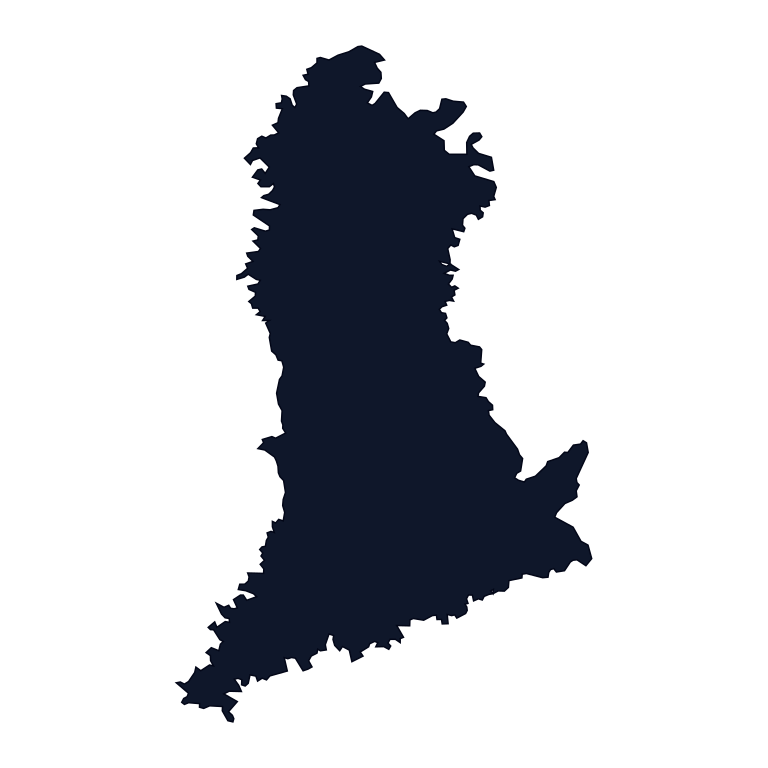 outline of Guaraniaçu, Paraná, Brazil
{"feature_id": "56859067B51111314170692", "entity_name": "Guaraniaçu", "entity_type": "district", "adm_level": 2, "iso_a3": "BRA", "parent_name": "Brazil", "parent_adm1": "Paraná", "projection": "mercator", "projection_center": [-52.873, -25.047], "detail": "fine", "context": "isolated", "style": "filled", "palette": "ink", "viewbox_px": 768, "rotation_deg": 0, "n_neighbors": 0, "source": "geoboundaries", "source_scale": "gbopen_adm2", "svg_char_len": 6095}
<svg xmlns="http://www.w3.org/2000/svg" viewBox="0 0 768 768"><path d="M379.5,54.3L361.8,46.1L357.9,46.6L348.8,51.8L338.0,55.2L329.0,60.0L320.3,57.5L317.0,58.4L317.0,62.9L311.3,67.7L306.8,69.3L308.1,74.2L303.1,75.3L305.5,79.7L308.6,81.5L308.9,85.9L297.0,87.7L293.6,90.5L293.3,94.9L296.7,104.1L294.9,107.6L292.2,105.2L290.1,98.8L286.3,96.2L281.6,95.5L282.2,99.0L281.4,102.8L276.1,103.7L276.4,108.1L282.4,108.7L278.5,118.3L278.0,122.7L272.4,125.2L278.7,132.8L274.3,135.0L270.7,135.1L265.9,138.0L261.8,136.2L257.6,138.7L256.3,143.8L258.6,147.8L253.3,148.0L250.6,152.7L244.4,158.2L250.4,164.5L252.5,160.5L260.0,157.9L269.3,167.1L265.2,173.4L261.7,169.0L257.8,169.9L252.4,177.2L260.5,180.0L257.9,183.5L260.9,186.7L269.4,186.7L273.4,183.5L274.5,186.9L272.5,190.6L268.6,194.3L263.8,195.6L261.5,197.6L280.0,204.6L278.0,207.7L270.1,209.8L263.1,209.3L254.0,210.4L253.3,215.0L269.5,225.9L269.4,230.0L265.4,231.2L254.3,227.8L251.7,229.5L258.3,235.9L257.8,239.9L253.0,241.1L260.5,248.5L258.4,251.5L246.7,253.1L247.8,256.3L253.0,261.4L245.7,263.9L247.6,268.3L241.4,273.7L236.9,275.5L236.8,279.4L244.4,277.1L248.2,274.2L256.3,279.4L260.3,280.3L257.9,284.0L247.8,286.2L249.0,289.4L255.5,292.3L255.3,296.1L248.8,301.5L251.4,303.6L252.7,308.1L258.1,308.1L260.2,311.6L256.4,314.7L265.2,316.4L262.6,320.5L269.4,320.5L265.7,323.1L270.3,333.5L269.3,337.4L271.7,351.1L275.9,354.8L278.1,360.1L281.9,360.8L283.7,367.2L282.1,375.8L279.5,379.4L276.6,393.2L278.5,404.1L282.1,410.6L281.5,421.1L282.9,424.9L282.7,428.3L285.7,433.0L275.6,438.2L271.9,436.6L262.3,439.5L263.6,442.7L257.9,448.6L264.8,450.0L274.5,457.0L276.4,461.0L278.0,466.2L278.4,472.8L280.0,476.7L283.6,480.5L285.5,492.5L283.2,499.5L282.7,505.6L284.7,512.4L283.2,520.9L278.7,519.4L275.7,523.0L272.4,521.4L272.4,526.8L274.3,532.5L271.0,531.4L267.1,532.9L268.3,537.2L266.4,540.4L265.4,546.3L262.0,546.9L259.7,549.5L262.8,553.0L261.0,556.0L264.5,560.3L260.2,564.3L263.8,568.9L263.6,573.4L247.7,573.0L249.1,576.9L248.3,581.1L244.7,584.2L239.8,584.2L238.3,589.5L245.7,590.7L253.5,593.7L256.6,596.7L246.7,600.3L243.3,595.1L240.4,595.1L233.5,599.6L237.3,607.9L234.2,608.8L230.6,608.3L228.7,605.3L224.0,607.3L216.3,603.2L221.5,614.0L225.1,617.8L229.2,618.5L229.5,622.3L225.2,621.6L216.9,627.3L214.7,621.9L208.2,627.4L210.4,629.6L213.6,629.8L219.9,639.7L223.3,641.4L220.4,644.2L218.8,650.7L211.3,647.7L206.1,652.6L210.4,655.6L210.6,660.7L213.5,665.9L209.5,665.0L200.8,670.7L195.9,667.1L194.7,672.5L188.6,681.5L184.4,684.1L180.3,682.0L176.3,682.8L188.5,693.2L187.1,696.7L183.7,698.5L181.7,702.3L184.4,704.4L188.6,702.7L199.6,703.6L199.5,707.2L203.7,708.4L209.7,705.8L222.5,706.5L222.3,710.8L227.9,720.7L232.9,721.9L233.8,718.7L232.4,715.3L228.5,711.7L237.3,701.6L223.8,693.9L229.2,691.2L241.4,691.5L238.7,685.3L234.3,679.2L238.0,678.3L241.8,679.7L241.6,684.8L245.2,686.0L248.2,683.3L250.0,674.9L255.9,676.1L257.6,681.1L262.2,678.2L266.5,679.9L269.9,675.9L287.3,671.0L284.2,657.6L287.8,658.7L291.5,657.5L295.4,658.2L303.1,670.8L308.0,669.1L312.0,666.9L308.6,660.8L311.3,656.0L317.0,653.1L317.7,649.2L320.4,650.8L326.3,649.9L325.3,644.7L329.0,634.0L333.7,635.5L333.0,639.5L334.7,645.4L339.7,650.7L342.5,646.5L349.3,650.1L351.9,661.7L363.0,656.1L360.2,652.0L368.6,646.8L369.6,643.8L374.6,641.4L377.8,642.6L375.8,646.8L383.8,646.6L388.8,649.3L390.7,646.0L388.0,643.1L390.0,639.3L395.4,639.3L400.2,642.6L400.2,638.6L403.5,637.3L396.7,625.5L409.7,625.8L409.9,619.9L413.3,618.5L423.7,620.2L432.3,615.6L436.4,615.1L437.0,619.5L441.5,619.4L442.2,623.9L448.1,623.7L447.2,614.4L451.6,615.6L454.7,614.9L456.8,618.1L465.6,613.5L467.2,610.4L466.8,607.0L464.9,604.1L468.0,603.4L466.5,598.8L468.5,595.0L472.4,595.1L473.6,600.9L478.4,598.8L482.3,600.0L484.1,596.4L488.9,594.4L493.0,593.7L498.2,590.9L504.4,591.1L508.4,587.4L508.9,580.6L521.9,577.9L522.2,574.2L526.4,573.5L542.7,577.7L548.0,577.2L548.7,572.5L550.5,569.6L553.7,568.6L556.4,572.0L564.5,570.7L570.3,562.0L573.1,560.2L577.0,559.8L585.9,565.7L591.7,558.6L588.0,545.1L581.0,541.3L573.1,527.2L554.7,517.2L556.6,512.6L564.9,503.5L572.4,500.2L577.0,496.8L576.2,490.8L579.2,485.0L576.9,482.5L576.2,478.5L588.2,452.5L586.5,442.8L583.1,440.7L580.5,444.1L573.4,445.1L567.8,452.5L564.5,452.2L559.1,457.7L547.7,461.6L546.2,465.8L535.4,476.2L526.3,479.2L524.4,482.0L518.5,480.3L514.6,477.8L516.7,473.3L520.6,471.0L522.6,458.5L519.5,454.8L517.5,449.1L506.5,434.2L505.0,430.8L494.9,422.6L489.1,415.2L488.4,410.6L492.7,409.7L492.5,405.2L488.4,401.6L486.0,397.7L478.0,396.4L478.6,392.8L484.4,386.2L485.2,382.1L478.7,376.5L474.8,368.3L481.0,366.3L483.7,364.1L480.7,363.1L481.7,349.6L479.5,346.9L470.6,345.2L468.2,342.3L459.8,340.0L455.3,342.7L450.8,341.9L446.7,333.9L448.7,328.5L447.2,323.3L444.5,320.3L446.9,317.9L445.5,313.4L441.5,312.7L439.3,309.3L442.0,306.7L446.7,305.2L445.1,301.4L449.4,300.4L453.6,301.1L451.5,297.0L454.9,294.9L454.1,290.3L458.2,288.2L454.8,285.9L451.6,287.3L448.4,284.0L452.2,279.0L453.1,275.3L449.4,275.3L444.1,273.3L450.5,270.0L455.5,271.2L458.7,269.5L450.0,263.9L450.1,259.6L447.7,248.6L450.8,245.0L454.3,246.8L458.1,245.4L459.8,239.3L454.7,237.6L452.1,228.8L463.7,231.7L464.9,228.2L462.5,225.2L463.0,218.7L467.5,214.3L471.6,213.3L476.3,215.1L478.4,219.3L482.6,216.8L483.2,212.8L480.2,210.2L480.0,206.0L485.1,207.1L489.4,205.5L488.9,200.5L495.1,199.6L493.7,196.4L496.3,187.4L493.8,181.6L474.8,175.9L468.8,166.7L473.7,164.7L478.2,164.8L489.9,171.1L493.7,170.2L491.4,157.3L478.6,153.4L473.0,147.9L471.2,144.4L479.1,140.0L481.8,136.7L479.6,133.0L473.2,133.2L469.6,136.3L466.7,142.5L466.9,154.3L449.2,154.3L444.3,150.3L444.0,140.7L433.9,134.2L436.5,130.9L443.9,129.1L452.9,123.2L463.1,112.1L466.3,106.5L463.5,102.1L453.2,101.2L445.9,98.8L441.9,99.2L439.6,108.7L436.0,112.1L432.8,112.8L427.2,110.5L420.3,110.3L415.1,112.8L408.1,118.8L404.2,113.5L397.1,107.5L388.5,92.6L384.2,92.2L375.1,103.5L372.1,105.4L367.3,102.9L371.4,96.9L372.7,91.5L364.5,89.2L360.4,86.5L365.2,84.0L378.8,83.1L381.3,78.5L380.9,72.3L377.2,68.1L374.5,62.4L384.5,60.0L379.5,54.3ZM450.0,263.9L446.6,266.4L441.7,264.4L439.5,261.3L450.0,263.9ZM493.0,593.7L490.6,590.9L493.4,589.4L493.0,593.7Z" fill="#0f172a" stroke="#020617" stroke-width="1.5"/></svg>